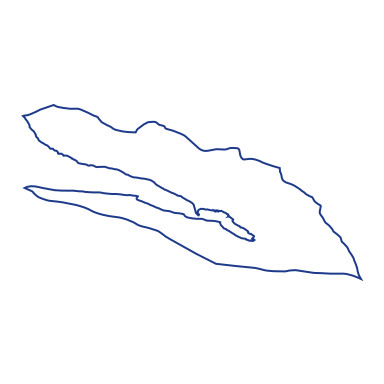 the district of Tálknafjarðarhreppur, Vestfirðir, Iceland
{"feature_id": "244011B74336956547693", "entity_name": "Tálknafjarðarhreppur", "entity_type": "district", "adm_level": 2, "iso_a3": "ISL", "parent_name": "Iceland", "parent_adm1": "Vestfirðir", "projection": "robinson", "projection_center": [-23.889, 65.645], "detail": "fine", "context": "isolated", "style": "outline", "palette": "blue", "viewbox_px": 384, "rotation_deg": 0, "n_neighbors": 0, "source": "geoboundaries", "source_scale": "gbopen_adm2", "svg_char_len": 5974}
<svg xmlns="http://www.w3.org/2000/svg" viewBox="0 0 384 384"><path d="M24.7,188.0L32.1,191.3L32.6,191.7L34.0,193.4L35.7,195.0L37.7,196.6L38.7,197.2L41.5,198.4L44.3,199.4L47.9,200.5L49.7,200.8L57.2,201.6L61.9,202.2L76.2,205.0L80.1,206.1L85.0,207.7L88.3,209.1L92.9,211.5L94.8,212.3L98.8,213.7L102.9,214.8L109.2,216.1L119.6,217.5L122.9,218.3L127.3,219.7L131.1,221.3L133.5,222.3L138.2,225.1L139.6,225.6L141.7,226.3L148.8,228.0L157.2,230.7L158.8,231.5L162.3,233.9L165.6,236.5L170.5,239.4L196.4,253.9L216.0,263.8L235.6,266.0L254.8,267.9L257.9,268.5L264.6,270.2L267.4,270.7L273.6,271.2L284.3,271.4L285.9,271.3L289.5,270.5L294.3,270.2L296.0,270.2L313.8,272.9L322.4,273.2L330.9,273.7L343.9,273.7L346.7,274.0L352.7,275.6L354.6,276.3L358.6,277.9L361.0,279.0L359.9,277.1L358.7,274.8L357.8,271.7L357.1,268.1L356.0,264.7L354.0,259.8L353.5,258.0L351.7,255.0L349.2,251.4L347.6,247.9L346.9,246.8L345.5,245.3L343.8,243.5L342.0,241.9L341.5,240.7L340.7,237.9L340.4,237.3L337.6,234.7L335.6,233.1L333.9,231.9L333.2,231.0L332.0,228.8L329.6,226.1L328.3,224.8L325.7,222.8L324.9,221.8L323.0,218.1L320.2,214.1L319.8,213.1L319.7,211.7L320.7,206.7L320.7,205.8L320.0,205.1L318.1,204.1L315.1,201.8L314.0,200.4L312.7,197.9L312.1,197.2L309.1,195.9L306.0,194.1L303.9,192.2L302.0,191.0L299.6,189.0L296.2,186.8L294.3,185.6L291.0,184.1L285.7,182.3L283.4,180.7L282.5,179.6L281.8,177.7L281.5,175.7L281.2,174.6L280.7,173.1L280.1,171.9L279.9,171.2L280.0,170.6L279.7,168.0L272.9,166.1L265.2,163.5L262.6,162.5L259.4,160.9L254.5,159.3L251.6,158.9L249.3,158.9L244.8,159.4L243.6,159.4L242.8,159.2L241.4,157.7L240.9,156.8L240.3,155.4L239.3,150.0L238.8,149.2L238.2,148.5L237.7,148.3L232.6,147.9L230.6,148.0L228.9,148.4L226.4,149.3L225.0,149.5L223.2,149.5L217.6,149.2L215.7,149.3L208.3,150.7L206.4,150.9L204.9,150.9L203.2,150.6L201.5,150.0L199.2,148.7L185.9,136.7L184.0,135.3L180.2,133.5L172.7,130.6L167.6,129.2L165.6,128.5L165.4,128.3L164.6,126.7L164.0,126.1L161.8,125.4L159.7,125.0L158.5,124.3L156.5,122.6L155.6,122.1L154.7,121.9L153.1,121.8L148.9,122.1L147.4,122.5L143.7,124.5L137.7,129.0L137.0,129.9L135.6,132.4L128.6,132.1L123.1,131.5L117.6,130.3L115.1,129.6L114.2,129.2L113.1,128.6L111.2,127.1L106.6,124.9L101.7,122.2L98.9,118.9L97.9,117.4L96.7,116.6L93.7,115.6L88.4,112.9L80.4,109.4L78.5,108.9L77.6,108.7L70.6,108.8L63.1,107.9L57.8,106.9L55.7,106.1L53.7,105.0L40.3,109.6L36.2,111.7L30.2,114.3L27.6,115.2L24.2,115.6L23.0,116.0L24.8,117.8L25.5,119.0L27.3,121.3L28.8,123.9L29.5,125.4L29.6,127.1L31.4,129.3L32.8,130.6L33.5,131.0L33.9,131.5L34.8,133.0L35.1,133.7L35.8,134.5L35.8,135.8L36.4,136.6L36.6,137.3L37.5,137.9L38.1,138.6L38.5,139.8L39.1,140.6L41.2,142.2L42.0,142.7L43.5,143.3L44.6,144.3L47.5,145.6L49.4,147.5L50.2,148.6L51.1,148.8L52.1,148.6L52.9,148.8L53.2,149.0L53.6,149.7L54.4,150.3L55.0,150.6L56.5,150.8L56.8,151.0L58.3,152.8L58.4,153.1L58.0,153.3L58.0,153.5L58.3,153.7L59.4,153.8L61.2,153.7L61.6,153.8L62.8,154.6L63.5,155.7L65.4,155.5L67.5,155.8L68.9,156.6L71.3,157.9L72.1,158.5L72.2,158.8L73.0,158.9L73.6,159.5L75.3,160.1L77.2,161.6L78.0,162.9L78.3,163.1L80.9,163.7L85.5,164.4L87.2,164.9L88.0,165.5L89.1,165.7L89.9,165.4L91.0,165.2L93.1,165.5L94.0,165.8L95.2,166.6L96.1,166.9L97.8,167.1L98.9,166.9L104.8,166.8L110.0,168.4L111.5,168.4L114.1,169.1L116.7,169.4L118.6,170.0L119.8,170.6L123.6,172.7L125.6,174.2L126.2,174.5L127.7,174.7L130.2,176.1L133.3,177.3L137.0,177.6L141.0,178.4L144.4,178.7L149.4,179.8L151.1,180.4L153.8,182.0L156.3,184.7L161.0,187.4L161.7,188.0L163.0,188.4L164.3,189.5L165.8,189.9L170.4,192.1L171.5,192.7L173.6,193.4L177.0,195.1L177.5,195.6L178.0,195.7L180.4,196.0L181.2,196.4L182.4,197.4L186.7,200.0L189.6,201.4L191.4,202.5L192.3,203.2L193.6,204.6L194.1,206.2L194.9,209.1L195.3,210.3L195.5,211.3L195.9,212.8L196.3,213.4L198.4,215.4L198.7,215.3L199.0,214.6L198.6,213.9L197.9,213.1L197.8,212.1L197.9,211.0L198.3,210.4L199.1,209.6L200.8,208.9L203.1,208.9L204.4,209.2L205.8,209.6L207.2,209.4L211.5,210.4L213.3,210.4L213.6,210.6L214.2,210.6L214.8,211.4L215.1,211.5L215.2,211.4L214.9,211.3L214.4,210.5L214.7,210.6L216.7,210.4L217.0,211.0L216.0,211.2L216.1,211.4L217.6,211.1L217.9,210.6L218.7,210.8L218.3,211.4L218.4,211.5L219.0,210.9L220.1,211.1L221.2,210.8L222.9,211.7L223.9,212.3L225.7,212.9L226.3,213.5L227.5,214.1L227.3,214.3L227.8,214.9L228.3,214.9L228.9,215.9L228.4,216.4L228.8,216.3L229.1,216.7L229.5,216.7L229.8,216.9L231.8,218.5L232.5,218.9L233.2,219.6L232.5,220.7L232.6,221.0L232.7,221.5L233.0,221.7L233.5,222.5L234.9,223.8L238.3,225.7L239.7,226.3L240.0,226.5L240.3,227.3L243.1,228.0L244.9,229.1L247.9,231.3L248.1,231.5L248.0,232.3L248.1,232.7L249.0,233.3L249.3,233.6L250.0,233.9L251.0,233.9L252.1,234.8L253.9,235.9L254.0,236.2L253.9,236.6L253.4,237.2L253.4,237.6L252.8,237.9L252.8,238.5L252.2,238.8L252.4,239.1L253.0,239.5L254.3,239.8L254.5,240.0L254.3,240.2L253.9,240.3L253.8,240.6L252.2,241.1L251.3,240.5L250.4,240.5L250.2,240.8L249.1,240.7L248.7,240.3L247.3,239.8L246.6,239.8L246.0,239.4L246.0,239.1L245.6,238.8L241.9,238.3L239.3,237.2L236.3,235.7L234.8,234.8L233.9,234.0L232.6,233.4L228.9,230.9L227.0,230.1L226.3,229.5L226.2,229.2L224.1,228.5L222.9,227.3L222.6,226.8L221.7,226.0L220.7,224.8L220.5,224.1L220.0,223.0L220.2,222.3L219.8,222.1L215.8,221.2L213.3,220.9L206.7,220.6L203.8,219.4L201.7,218.8L196.8,218.8L192.5,218.4L189.7,217.9L187.0,217.3L185.4,216.4L184.8,215.9L183.8,214.3L183.3,214.1L179.9,213.4L178.2,213.2L175.3,213.0L173.5,212.6L170.6,211.5L168.9,211.1L164.0,210.5L162.8,210.2L158.5,208.2L156.0,207.4L152.9,205.9L150.4,205.0L147.4,203.4L145.9,203.1L141.3,201.1L138.9,200.4L137.5,199.8L136.8,199.2L136.6,198.6L136.6,198.1L137.5,196.9L137.8,196.4L136.2,195.9L131.6,195.4L129.7,195.0L127.8,195.2L124.5,195.0L120.1,194.3L118.2,194.2L116.8,194.0L112.1,194.0L107.4,193.6L103.0,193.1L101.2,192.6L100.3,192.5L97.8,192.4L93.4,192.4L89.1,192.2L85.0,191.9L82.8,191.4L79.2,191.3L73.5,190.7L61.5,190.6L54.7,190.2L51.1,189.5L48.5,189.1L46.7,188.7L45.2,188.5L35.8,186.5L31.4,186.2L29.8,186.4L27.1,186.9L25.7,187.5L24.7,188.0Z" fill="none" stroke="#1e3a8a" stroke-width="2"/></svg>